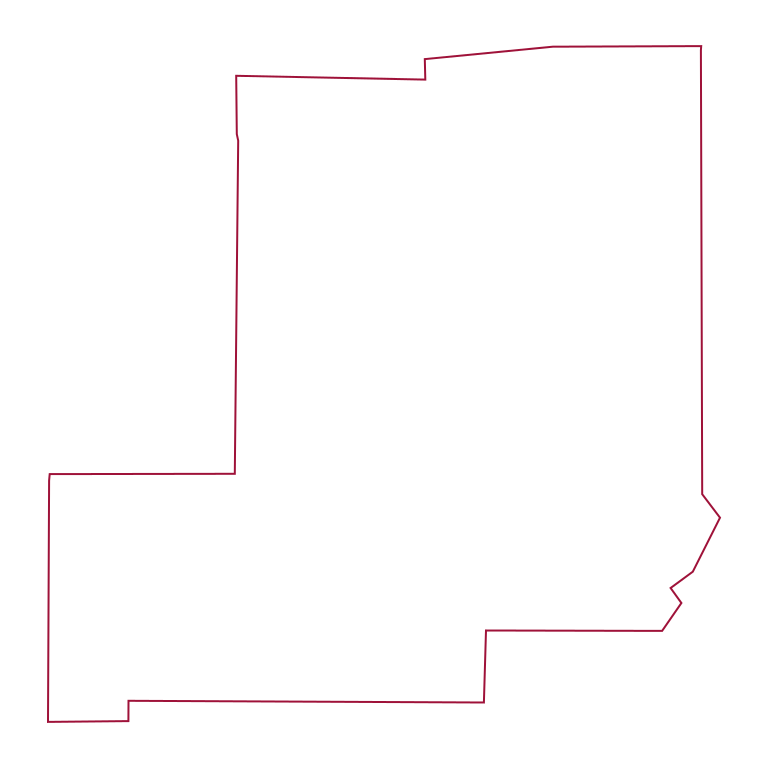 the district of Allen, Louisiana, United States of America
{"feature_id": "52423323B27353189607616", "entity_name": "Allen", "entity_type": "district", "adm_level": 2, "iso_a3": "USA", "parent_name": "United States of America", "parent_adm1": "Louisiana", "projection": "orthographic", "projection_center": [-92.817, 30.661], "detail": "fine", "context": "isolated", "style": "outline", "palette": "rose", "viewbox_px": 768, "rotation_deg": 0, "n_neighbors": 0, "source": "geoboundaries", "source_scale": "gbopen_adm2", "svg_char_len": 393}
<svg xmlns="http://www.w3.org/2000/svg" viewBox="0 0 768 768"><path d="M700.9,50.2L701.2,46.1L552.7,46.7L424.8,59.1L425.3,79.6L236.2,75.8L236.8,134.1L238.2,140.7L234.8,473.8L49.7,474.1L49.1,480.6L48.0,721.9L128.4,721.1L128.5,700.8L483.9,702.5L486.0,630.5L662.1,630.9L681.4,603.0L670.6,588.0L692.8,571.7L720.0,517.7L702.2,494.2L700.9,50.2Z" fill="none" stroke="#9f1239" stroke-width="2"/></svg>